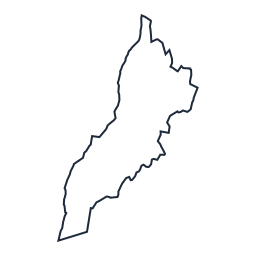 Barkin Ladi, Plateau, Nigeria
{"feature_id": "59680162B6096372749080", "entity_name": "Barkin Ladi", "entity_type": "district", "adm_level": 2, "iso_a3": "NGA", "parent_name": "Nigeria", "parent_adm1": "Plateau", "projection": "equal_earth", "projection_center": [8.921, 9.534], "detail": "fine", "context": "isolated", "style": "outline", "palette": "slate", "viewbox_px": 256, "rotation_deg": 0, "n_neighbors": 0, "source": "geoboundaries", "source_scale": "gbopen_adm2", "svg_char_len": 2115}
<svg xmlns="http://www.w3.org/2000/svg" viewBox="0 0 256 256"><path d="M58.4,240.6L87.0,231.8L90.8,208.1L92.6,208.4L96.4,202.4L99.4,200.9L106.6,196.5L109.6,197.1L110.3,197.7L117.5,197.0L118.4,194.6L118.4,191.5L122.0,183.8L126.1,178.1L129.2,176.9L130.7,180.2L131.1,180.1L132.0,180.0L133.0,178.9L135.2,176.1L136.5,172.4L138.8,171.5L140.0,169.7L141.5,165.7L143.6,164.7L146.2,166.8L148.5,167.0L149.0,166.7L151.1,164.3L151.9,159.6L153.5,158.9L157.3,159.8L160.3,154.7L164.5,154.8L165.0,153.8L163.4,150.5L161.1,146.4L160.3,144.3L158.0,141.4L157.9,141.3L158.0,140.7L160.7,134.6L160.6,131.4L168.7,132.9L169.6,126.4L167.1,122.5L169.8,116.4L170.3,115.7L177.4,111.4L178.3,112.4L180.4,112.1L182.9,110.5L187.4,111.9L189.3,110.5L190.7,109.2L192.2,102.4L192.3,102.4L193.3,100.4L193.8,97.5L195.0,94.5L197.6,87.7L190.3,84.1L190.2,84.0L190.0,81.4L190.6,78.0L191.3,75.1L191.1,70.6L191.0,69.6L188.9,68.5L189.0,68.4L183.3,68.1L181.3,66.1L177.8,71.3L177.5,71.3L172.4,67.6L170.5,66.7L172.1,63.1L172.0,58.7L171.9,58.5L169.4,50.1L165.6,54.3L162.4,42.8L162.0,42.6L157.8,39.4L156.7,39.3L151.4,41.9L151.0,35.3L150.9,34.1L150.4,28.8L149.9,26.5L150.9,21.5L150.8,20.6L145.2,16.9L141.7,15.4L141.2,18.5L141.3,20.0L141.4,23.1L141.5,25.4L141.0,28.5L140.5,30.8L140.6,32.4L140.1,36.2L139.6,38.6L138.6,40.9L136.9,42.6L135.3,44.2L133.6,45.8L132.0,47.5L131.4,48.3L130.6,49.5L130.3,49.9L129.2,50.7L128.7,51.5L128.2,53.1L127.7,54.7L126.6,56.3L126.0,57.8L125.6,58.5L125.6,60.2L124.5,62.5L123.4,64.1L122.9,64.9L122.3,65.8L121.3,68.9L120.2,71.3L120.3,73.6L119.8,75.1L119.3,77.5L118.8,79.8L117.8,82.9L118.9,85.5L118.4,91.8L118.4,92.1L119.2,94.7L119.4,100.2L119.3,100.5L117.9,105.7L115.4,109.7L114.4,111.7L115.6,118.1L113.7,120.5L112.4,121.4L107.8,125.2L106.2,129.0L104.5,131.1L99.4,137.1L92.1,136.1L90.7,144.7L89.5,145.7L86.1,151.2L84.3,152.6L83.0,157.8L73.9,164.0L73.6,165.4L70.7,171.1L69.8,174.5L67.2,180.1L64.6,188.3L65.5,190.0L65.6,191.7L65.7,193.8L64.7,197.7L64.1,199.3L63.8,204.7L64.4,205.4L65.1,210.8L65.2,212.3L66.3,213.0L64.7,216.2L63.7,220.1L63.2,221.7L62.4,227.0L62.3,227.9L60.7,231.0L58.4,240.6Z" fill="none" stroke="#1e293b" stroke-width="2"/></svg>